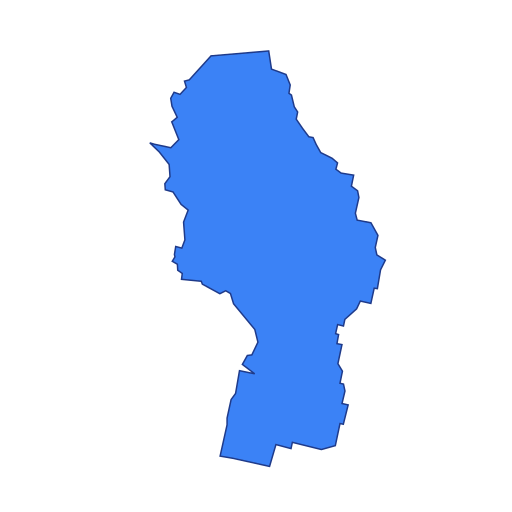 the district of Lake, California, United States of America, rotated 192°
{"feature_id": "52423323B37417643745911", "entity_name": "Lake", "entity_type": "district", "adm_level": 2, "iso_a3": "USA", "parent_name": "United States of America", "parent_adm1": "California", "projection": "equal_earth", "projection_center": [-122.747, 39.124], "detail": "fine", "context": "isolated", "style": "filled", "palette": "blue", "viewbox_px": 512, "rotation_deg": 192, "n_neighbors": 0, "source": "geoboundaries", "source_scale": "gbopen_adm2", "svg_char_len": 1492}
<svg xmlns="http://www.w3.org/2000/svg" viewBox="0 0 512 512"><g transform="rotate(192 256 256)"><path d="M199.0,53.0L197.3,75.7L181.7,74.9L181.7,81.3L151.8,80.3L139.0,87.0L139.0,109.6L135.6,109.6L134.9,129.5L141.2,129.6L140.9,142.4L143.8,148.9L147.4,149.0L147.5,161.3L153.5,167.7L153.5,187.2L158.6,187.1L158.9,196.3L162.0,196.6L161.9,205.9L155.9,205.7L155.9,212.5L146.6,225.2L144.6,233.6L133.8,233.5L133.7,249.1L130.5,249.3L131.3,268.4L128.6,278.8L138.0,282.2L141.1,289.1L141.0,301.5L150.5,312.4L164.5,312.1L167.7,318.5L167.5,334.6L170.2,340.9L177.2,344.1L177.3,355.4L190.0,354.8L195.9,357.5L195.6,364.0L201.8,367.4L214.2,370.6L220.4,377.7L224.8,383.7L229.1,383.6L237.0,390.5L245.1,398.2L245.2,405.5L249.6,409.9L254.8,420.8L257.6,422.0L258.1,430.4L264.4,439.8L279.7,442.0L286.2,459.2L341.6,442.4L357.9,414.4L362.3,412.2L359.1,406.4L363.9,398.3L370.2,399.1L372.2,392.5L369.3,385.0L361.9,375.3L364.9,371.4L366.3,369.7L355.7,353.8L361.8,344.2L378.5,344.2L383.4,344.6L372.3,337.7L360.0,327.5L356.6,315.7L360.2,307.8L358.5,301.9L350.5,301.4L340.0,290.9L331.9,286.8L333.9,274.1L328.9,257.0L330.2,248.3L336.5,248.6L336.1,240.5L335.1,238.3L336.8,233.4L331.2,231.6L329.6,225.8L324.5,223.6L324.0,217.7L304.3,219.9L302.6,217.3L283.5,211.6L278.4,215.7L273.2,214.0L268.0,204.6L241.9,183.9L236.2,172.1L239.5,158.4L243.8,156.9L246.8,147.1L232.8,140.5L248.3,140.4L247.4,117.3L250.5,110.4L250.6,91.5L249.2,84.8L249.5,52.8L237.1,53.3L199.0,53.0Z" fill="#3b82f6" stroke="#1e3a8a" stroke-width="1.5"/></g></svg>